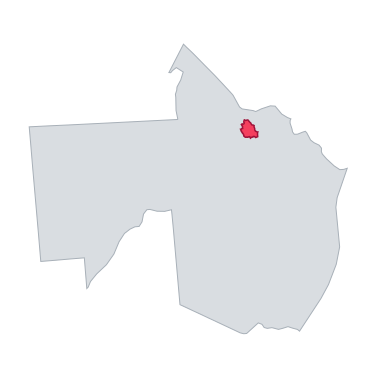 Zacapa, Zacapa, Guatemala shown in context, rotated 265°
{"feature_id": "79465075B10782882700872", "entity_name": "Zacapa", "entity_type": "district", "adm_level": 2, "iso_a3": "GTM", "parent_name": "Guatemala", "parent_adm1": "Zacapa", "projection": "mercator", "projection_center": [-89.497, 14.973], "detail": "fine", "context": "in_parent", "style": "filled", "palette": "rose", "viewbox_px": 384, "rotation_deg": 265, "n_neighbors": 0, "source": "geoboundaries", "source_scale": "gbopen_adm2", "svg_char_len": 4035}
<svg xmlns="http://www.w3.org/2000/svg" viewBox="0 0 384 384"><g transform="rotate(265 192 192)"><path d="M44.0,287.0L45.9,285.1L47.5,280.6L49.5,275.9L48.3,270.5L47.6,266.2L49.9,259.8L49.6,255.1L50.7,252.1L54.1,250.2L55.8,246.6L46.3,234.1L46.3,231.2L47.5,227.7L55.3,214.3L64.5,198.4L74.7,180.8L80.8,170.2L103.2,170.2L118.0,170.2L136.7,170.2L157.2,170.2L170.6,170.1L176.1,170.0L175.1,163.1L175.9,155.5L178.3,148.6L178.3,145.5L174.3,141.8L166.6,139.6L162.3,136.3L162.3,132.1L160.4,127.0L156.6,121.1L148.8,115.0L137.0,108.8L127.0,100.4L118.7,89.9L111.7,83.1L106.3,80.3L105.0,78.8L120.8,78.9L135.8,79.0L135.9,63.9L135.9,50.5L136.0,35.3L163.2,35.4L195.6,35.4L229.2,35.4L255.6,35.5L271.1,35.5L270.4,54.3L269.5,76.0L268.9,92.0L268.1,113.3L267.3,135.0L266.2,164.6L265.5,183.7L265.8,184.2L274.6,183.2L287.6,184.1L290.8,184.0L294.8,185.7L297.9,186.2L304.5,190.5L312.3,193.7L317.3,187.2L314.7,183.2L312.7,181.2L313.0,179.4L340.0,196.4L336.8,199.1L330.0,205.1L317.5,215.4L306.3,224.7L295.6,233.1L285.9,240.6L284.7,241.4L272.5,246.8L270.4,249.2L267.8,259.9L266.6,262.5L268.8,268.4L271.0,277.6L270.3,282.3L261.8,288.2L257.9,293.5L256.2,296.9L254.7,296.0L252.1,295.7L246.0,297.1L243.1,297.4L240.6,298.9L240.4,302.2L242.0,307.5L242.6,310.2L240.9,311.5L233.4,314.7L230.5,317.8L227.6,322.7L224.4,324.8L220.9,324.4L218.5,325.1L213.4,328.8L205.6,335.9L201.4,341.2L201.3,345.1L202.1,348.7L173.7,336.1L164.3,334.0L124.4,334.3L107.4,329.4L87.9,319.9L74.7,311.2L44.0,287.0Z" fill="#d9dde1" stroke="#a8b0b8" stroke-width="1"/><path d="M246.0,262.8L246.0,262.7L246.2,262.2L246.5,261.6L246.7,261.4L246.9,260.7L247.2,260.5L247.4,260.3L247.6,260.3L247.8,260.1L248.3,260.0L248.5,259.9L249.6,260.0L250.1,259.9L250.8,259.7L251.4,259.5L251.9,259.5L252.5,259.7L252.8,259.7L253.4,258.7L253.5,258.0L253.5,257.7L253.9,257.3L254.4,257.0L254.5,256.9L255.2,256.7L255.5,256.6L255.8,256.4L256.0,256.1L256.2,255.9L256.4,255.8L256.6,255.6L257.0,255.3L257.1,255.2L257.6,254.8L257.9,254.7L258.0,254.7L258.4,254.4L258.6,254.3L258.7,254.1L258.9,253.7L258.9,253.0L258.7,252.5L258.7,252.1L258.6,251.5L258.7,251.4L258.8,251.2L259.2,250.8L259.2,250.7L259.3,250.4L259.2,250.3L258.1,249.9L257.3,249.7L256.9,249.7L256.7,249.8L256.5,250.0L256.3,250.1L256.1,250.0L255.9,249.9L255.7,249.8L255.4,249.6L255.2,249.3L255.2,249.2L255.2,248.9L255.3,248.5L255.4,248.3L255.5,248.0L255.4,247.6L255.0,247.1L254.9,247.0L254.7,247.1L254.3,247.4L254.2,247.5L253.9,247.5L253.6,247.6L253.4,247.9L253.3,248.0L253.0,248.0L252.9,248.1L252.4,247.9L251.9,247.9L251.6,248.0L251.2,248.1L250.9,248.0L250.9,247.9L250.7,246.9L250.6,246.6L250.5,246.4L250.2,246.0L250.2,245.9L250.0,246.0L249.9,246.2L249.8,246.3L249.7,246.3L249.5,246.2L249.4,246.2L249.2,246.2L248.9,246.1L248.7,246.2L248.5,246.3L248.4,246.3L248.3,246.5L248.2,246.6L247.7,246.8L247.4,246.8L247.2,246.9L247.1,247.0L246.9,247.2L246.8,247.3L246.7,247.4L246.4,247.3L246.2,247.4L246.1,247.5L245.9,247.7L245.8,247.8L245.7,247.8L245.5,248.0L245.4,248.1L245.2,248.2L244.9,248.3L244.7,248.3L244.4,248.4L244.2,248.4L244.0,248.5L243.9,248.6L243.7,248.6L243.4,248.5L243.2,248.5L243.0,248.8L242.9,248.9L242.6,249.1L242.4,249.3L242.2,249.6L242.0,249.8L241.9,249.9L241.9,250.0L241.9,250.3L241.9,250.5L241.9,250.8L242.0,250.9L242.0,251.0L241.9,251.1L241.8,251.3L241.8,251.5L241.8,251.8L241.7,251.9L241.7,252.0L241.7,252.4L241.7,252.5L241.8,252.6L242.0,252.8L242.0,253.0L241.9,253.1L241.9,253.3L242.0,253.5L242.2,253.9L242.1,254.2L242.0,254.3L241.5,254.5L241.0,254.6L240.8,254.9L240.6,255.0L240.8,255.2L240.9,255.3L241.0,255.3L241.0,255.5L241.3,255.7L241.3,255.8L241.4,256.0L241.5,256.0L241.4,256.0L241.3,256.3L241.4,256.5L241.5,256.6L241.4,256.7L241.4,256.8L241.4,257.0L241.4,257.3L241.5,257.3L241.6,257.5L241.8,257.7L242.0,257.9L242.0,258.6L241.8,258.8L241.8,259.0L241.6,259.5L241.4,259.6L241.1,259.8L240.9,259.9L240.7,260.2L241.4,262.3L241.6,262.3L241.8,262.3L242.1,262.3L242.3,262.3L242.6,262.3L243.1,262.3L243.5,262.3L244.1,262.4L244.4,262.4L245.0,262.4L245.3,262.4L245.5,262.6L245.8,262.7L246.0,262.8Z" fill="#f43f5e" stroke="#9f1239" stroke-width="1.5"/></g></svg>